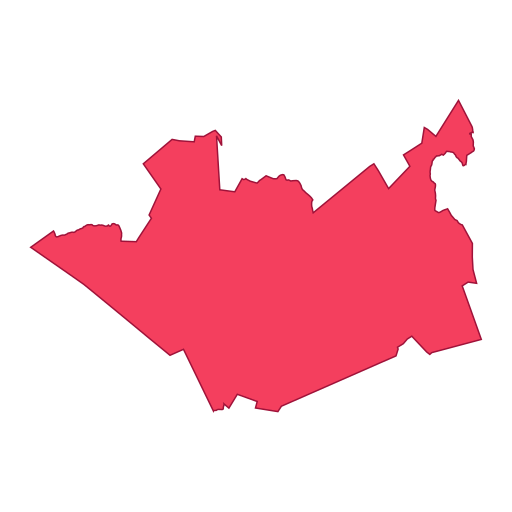 the district of San Luis del Cordero, Durango, Mexico
{"feature_id": "50627088B87094166069630", "entity_name": "San Luis del Cordero", "entity_type": "district", "adm_level": 2, "iso_a3": "MEX", "parent_name": "Mexico", "parent_adm1": "Durango", "projection": "natural_earth1", "projection_center": [-104.288, 25.388], "detail": "fine", "context": "isolated", "style": "filled", "palette": "rose", "viewbox_px": 512, "rotation_deg": 0, "n_neighbors": 0, "source": "geoboundaries", "source_scale": "gbopen_adm2", "svg_char_len": 5705}
<svg xmlns="http://www.w3.org/2000/svg" viewBox="0 0 512 512"><path d="M424.3,127.5L421.8,143.2L410.3,150.6L403.5,154.9L409.9,166.3L388.6,188.6L378.4,170.8L373.9,163.8L369.9,166.3L369.6,166.5L313.2,212.8L312.8,211.2L312.5,209.5L312.3,208.4L311.7,206.3L311.6,204.2L311.7,202.2L311.9,201.3L312.8,199.9L311.5,197.9L310.1,196.4L309.0,195.4L307.6,194.2L306.1,193.0L305.0,191.9L303.8,190.7L302.5,189.6L301.8,188.3L301.4,187.0L301.1,185.7L300.6,184.7L299.9,183.3L299.0,182.0L297.9,180.9L296.2,180.5L293.0,180.7L290.7,181.0L289.3,180.2L288.2,179.9L287.2,180.2L286.2,179.9L285.7,179.0L285.5,178.3L284.9,176.7L283.8,174.8L282.5,174.6L280.4,175.2L279.1,176.1L278.3,177.0L277.0,178.6L275.6,178.8L273.2,178.7L266.1,175.8L260.3,180.1L259.8,180.3L259.4,180.6L259.2,180.9L258.7,181.5L258.3,181.9L257.8,182.4L257.6,182.6L257.3,182.8L257.2,183.0L256.6,183.0L250.3,181.2L246.6,179.3L245.9,178.6L245.7,178.8L245.0,179.2L244.4,179.4L244.0,179.5L243.4,179.5L242.9,179.2L242.4,178.9L242.1,178.7L234.8,191.8L219.8,189.8L216.5,135.8L221.7,145.6L221.3,137.0L218.0,133.4L215.3,130.4L212.5,131.5L203.8,136.5L195.3,136.2L194.2,141.8L179.4,140.8L172.1,139.4L143.3,163.8L160.9,189.0L149.1,215.0L151.4,218.3L138.5,238.1L136.3,241.7L121.1,241.2L120.9,239.9L121.0,239.6L120.9,239.0L121.2,238.0L121.5,236.7L121.6,235.6L121.5,234.9L121.6,234.2L121.6,232.9L121.2,231.6L120.8,230.2L120.2,228.8L119.5,227.1L118.8,225.7L118.1,225.0L117.1,224.9L116.3,225.0L115.8,224.7L115.3,224.3L114.7,223.9L114.1,223.7L113.6,223.6L113.0,223.7L112.1,223.9L111.9,224.3L111.5,224.9L111.2,225.3L111.0,225.6L110.7,225.9L110.2,226.2L109.7,226.2L109.3,226.0L109.1,225.7L108.7,225.2L108.4,225.0L107.7,225.7L107.3,226.0L106.8,226.0L106.1,226.2L105.4,226.2L104.2,225.8L103.3,225.4L101.7,225.0L100.8,225.2L98.8,224.9L97.7,225.3L96.5,225.7L95.7,225.8L95.1,225.9L93.9,225.8L93.1,225.6L92.7,225.4L92.3,224.9L91.7,224.6L90.8,224.6L90.0,224.7L89.3,224.8L88.2,224.7L87.5,224.8L86.7,225.1L85.8,225.7L85.4,226.0L84.8,226.5L84.1,226.5L83.8,226.8L83.4,227.0L83.1,227.5L83.0,227.8L82.2,228.2L81.6,228.5L80.7,228.7L80.0,229.0L79.3,229.4L79.0,229.6L78.5,229.9L78.1,230.0L77.6,230.0L77.0,230.3L76.3,230.8L76.0,231.1L75.5,231.5L75.0,231.9L74.5,232.2L73.7,232.4L72.9,232.2L71.9,232.2L71.0,232.4L70.3,232.6L69.5,232.9L68.3,233.1L67.7,233.4L67.0,234.0L66.2,234.4L65.3,234.7L64.9,235.0L64.1,235.2L62.9,235.0L62.2,235.2L61.4,235.3L60.9,235.4L60.4,235.7L59.7,235.9L58.7,236.3L58.3,236.6L57.8,236.7L57.2,236.8L56.7,236.9L56.3,236.8L55.9,236.4L55.5,236.0L55.3,235.5L55.1,234.9L55.1,234.4L54.9,233.9L54.7,233.4L54.4,232.7L54.1,232.0L53.5,231.0L30.7,247.3L70.5,275.0L83.6,284.2L84.0,284.5L97.8,295.8L118.6,312.9L139.9,330.5L149.9,338.8L163.1,349.6L170.0,355.3L183.5,349.3L213.4,411.0L213.5,410.7L215.3,410.4L215.7,410.4L216.1,410.4L216.3,410.3L217.2,409.7L218.2,409.4L221.4,409.5L221.8,409.5L222.3,409.5L222.7,409.3L223.1,409.1L223.3,408.5L223.3,407.4L223.6,406.2L223.8,405.7L223.8,405.3L223.9,404.9L224.2,404.6L224.2,404.4L224.1,404.0L228.9,408.1L237.3,394.3L257.2,401.5L255.5,408.0L277.9,411.6L281.4,406.2L379.7,363.0L396.0,355.9L398.1,349.1L397.5,347.2L403.3,343.7L407.3,339.0L411.8,336.2L426.7,352.0L429.8,354.4L431.8,352.6L439.0,350.7L452.1,347.2L481.3,339.4L462.2,285.9L468.1,282.1L476.6,283.3L473.0,269.5L472.3,257.1L472.4,243.4L462.3,224.9L461.8,224.8L460.7,224.4L458.5,222.9L457.1,220.6L454.8,219.5L452.8,217.1L451.3,215.4L449.7,212.4L447.6,208.8L447.4,208.9L444.4,209.9L442.7,210.6L441.3,211.5L439.8,212.3L438.8,212.6L437.9,212.3L436.7,211.5L435.5,210.9L434.8,210.3L434.8,209.1L434.8,208.0L436.0,200.3L435.5,198.9L435.5,197.5L435.6,195.8L435.5,194.4L435.4,193.4L435.3,192.8L435.0,191.4L434.7,190.0L434.9,189.2L435.1,188.0L435.4,186.6L435.5,184.8L435.2,183.7L434.3,183.1L433.2,181.9L431.9,181.2L430.9,180.0L430.4,178.4L430.2,177.0L430.1,176.3L430.0,175.6L430.2,174.6L430.3,173.8L430.2,173.5L430.1,172.8L430.1,172.1L430.1,171.1L430.3,170.1L430.6,167.3L430.6,167.0L430.8,166.4L431.0,166.2L431.6,165.1L431.8,164.3L432.0,163.2L432.1,162.4L432.2,161.4L432.3,161.1L432.5,160.8L433.0,160.4L433.2,159.7L433.4,159.2L433.8,159.1L434.2,158.7L434.5,158.3L434.8,157.6L435.1,157.3L435.6,157.0L436.0,156.5L436.3,156.2L436.5,156.0L436.8,155.8L437.2,155.9L437.6,156.0L438.3,155.8L438.9,155.7L439.4,155.7L440.0,155.3L440.9,154.8L441.8,154.3L442.9,154.9L443.4,155.1L443.7,154.7L444.2,154.3L444.7,153.8L445.1,153.3L445.4,153.1L445.8,152.4L446.4,151.6L446.8,151.3L447.0,151.3L447.4,151.4L447.9,151.5L448.7,151.5L449.5,151.6L450.1,151.7L450.4,151.9L451.4,152.0L452.3,152.2L453.5,152.6L454.0,153.3L454.4,153.9L455.0,154.6L455.4,154.8L455.8,155.8L456.1,156.6L456.6,157.2L457.1,157.7L457.4,157.9L457.9,158.1L458.4,158.7L459.1,159.6L459.5,160.1L459.8,160.6L460.4,161.2L461.0,161.6L461.8,162.4L462.1,162.9L462.5,164.2L462.8,165.2L463.0,165.6L463.6,165.7L464.5,165.2L465.2,164.6L465.6,164.3L465.9,164.4L465.9,164.0L466.2,162.3L466.4,161.2L466.5,159.2L466.7,156.4L466.8,155.3L469.0,154.0L470.2,153.2L471.4,152.5L472.1,151.9L473.3,151.2L473.6,151.0L474.2,149.8L474.3,149.3L474.3,149.0L474.2,148.8L474.3,148.6L474.1,148.3L474.0,147.6L473.8,147.2L473.4,146.4L473.3,146.0L473.2,145.2L473.3,144.4L473.3,143.7L473.3,142.9L473.4,142.5L473.3,142.1L473.3,141.8L473.3,141.4L473.2,140.8L473.0,140.5L473.0,139.9L472.8,139.6L472.7,139.2L472.2,138.5L472.1,138.1L471.8,137.6L471.5,137.1L471.2,136.2L471.2,135.9L471.3,134.9L471.2,134.3L471.0,134.2L470.1,134.1L469.7,133.9L469.7,133.7L469.9,133.3L470.2,133.1L470.6,132.9L471.0,132.9L471.3,132.9L471.3,133.1L471.5,132.9L471.9,132.2L472.2,132.0L472.6,132.3L473.0,132.6L473.2,132.2L473.0,131.7L472.7,130.7L472.7,130.4L472.7,129.8L472.6,129.3L472.5,128.7L472.4,127.9L472.0,126.6L458.5,100.4L435.9,136.4L427.6,129.4L424.3,127.5Z" fill="#f43f5e" stroke="#9f1239" stroke-width="1.5"/></svg>